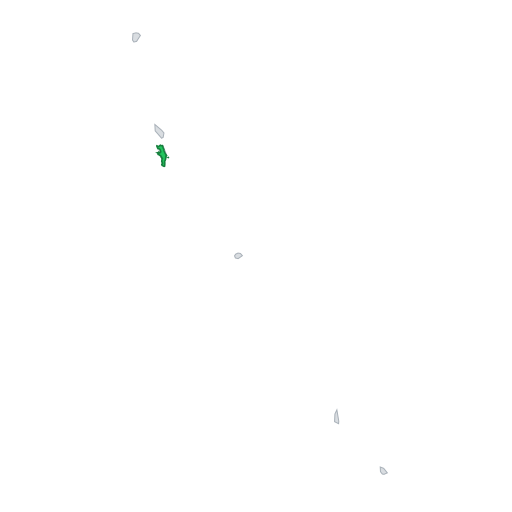 Saipan, Saipan, Northern Mariana Islands shown in context, rotated 146°
{"feature_id": "39175420B42755231479115", "entity_name": "Saipan", "entity_type": "district", "adm_level": 2, "iso_a3": "MNP", "parent_name": "Northern Mariana Islands", "parent_adm1": "Saipan", "projection": "equal_earth", "projection_center": [145.757, 15.191], "detail": "fine", "context": "in_parent", "style": "filled", "palette": "green", "viewbox_px": 512, "rotation_deg": 146, "n_neighbors": 0, "source": "geoboundaries", "source_scale": "gbopen_adm2", "svg_char_len": 3905}
<svg xmlns="http://www.w3.org/2000/svg" viewBox="0 0 512 512"><g transform="rotate(146 256 256)"><path d="M276.8,398.4L276.6,401.2L272.5,400.6L271.4,399.3L273.7,389.6L279.6,385.1L282.5,384.1L279.8,388.8L279.3,394.0L276.8,398.4ZM269.6,416.1L266.3,421.6L263.9,413.0L263.5,409.5L266.6,406.3L268.4,406.4L269.6,416.1ZM237.6,504.1L233.6,509.2L230.7,508.1L228.9,506.4L228.5,503.5L235.0,500.7L237.6,501.7L237.6,504.1ZM278.9,80.9L275.0,83.2L279.8,72.7L281.3,70.8L283.5,74.7L278.9,80.9ZM273.4,7.6L271.0,11.6L268.9,8.6L268.4,2.8L271.9,3.4L273.2,4.6L273.4,7.6ZM273.7,268.1L271.9,268.9L269.3,268.5L267.5,266.8L267.1,263.9L272.3,263.8L274.2,265.9L273.7,268.1Z" fill="#d9dde1" stroke="#a8b0b8" stroke-width="1"/><path d="M271.8,399.8L271.9,400.0L272.0,400.0L272.3,400.1L272.5,400.2L272.6,400.3L273.1,400.7L273.2,400.9L273.2,401.1L273.2,401.3L273.3,401.4L273.5,401.4L273.9,401.3L274.0,401.3L274.1,401.2L274.4,401.2L274.5,401.2L274.5,401.3L274.8,401.3L275.1,401.3L275.3,401.4L275.5,401.4L275.8,401.4L275.9,401.5L276.1,401.6L276.3,402.1L276.4,402.4L276.4,402.6L276.4,402.8L276.5,402.9L276.7,402.7L276.8,402.6L276.9,402.0L276.9,401.9L276.9,401.7L276.9,401.3L277.1,401.2L277.1,400.9L277.2,400.7L277.2,400.3L277.3,399.9L277.3,399.7L277.2,399.6L276.9,399.5L276.6,399.4L276.5,399.2L276.3,399.0L276.2,398.7L276.1,398.4L276.0,398.1L276.0,397.9L276.0,397.7L276.1,397.4L276.2,397.2L276.3,396.9L276.4,396.7L276.4,396.4L276.5,396.3L276.6,396.2L276.6,395.9L276.6,395.7L276.8,395.5L277.4,395.3L277.5,395.2L278.1,395.3L278.2,395.5L278.3,395.7L278.3,395.8L278.3,396.0L278.5,396.1L278.6,396.3L278.7,396.5L278.8,396.4L278.9,396.5L279.0,396.5L279.3,396.5L279.3,396.4L279.5,396.5L279.5,396.4L279.7,396.6L280.0,396.7L279.8,396.4L279.8,396.2L280.0,396.0L280.0,395.9L280.1,395.7L280.0,395.3L280.1,395.2L280.4,394.9L280.3,394.7L280.1,394.5L280.0,394.3L279.9,394.2L279.7,394.0L279.6,393.9L279.5,393.7L279.5,393.3L279.5,393.2L279.4,393.0L279.3,392.9L279.2,392.9L279.1,392.7L279.0,392.4L279.0,392.2L279.0,391.9L278.9,391.8L278.9,391.7L279.0,391.6L279.2,391.4L279.3,391.3L279.3,391.2L279.3,390.9L279.2,390.7L279.0,390.4L279.0,390.1L279.2,389.9L279.2,389.7L279.2,389.4L279.4,389.5L279.5,389.4L279.4,389.2L279.6,389.0L279.7,388.9L279.8,388.8L279.9,388.6L280.0,388.5L280.1,388.4L280.2,388.2L280.3,388.2L280.5,388.1L280.7,387.9L280.8,387.7L280.9,387.4L281.0,387.4L281.2,387.2L281.3,387.1L281.4,386.9L281.5,386.8L281.5,386.7L281.4,386.5L281.3,386.4L281.4,386.1L281.4,385.8L281.5,385.7L281.7,385.4L281.5,385.2L281.6,384.9L281.9,384.6L282.0,384.6L282.3,384.7L282.7,384.8L282.8,384.8L283.0,384.6L283.1,384.3L283.1,384.0L283.2,383.6L283.1,383.3L282.8,383.1L282.7,382.8L282.6,382.6L282.4,382.1L282.2,381.8L281.9,381.8L281.8,381.6L281.7,381.5L281.4,381.6L281.2,382.0L281.0,382.3L280.8,382.4L280.8,382.5L280.6,382.7L280.4,382.9L280.4,383.0L280.2,383.2L280.1,383.3L280.0,383.5L279.6,384.0L279.5,384.3L279.3,384.5L279.3,384.8L279.2,385.0L279.0,385.3L278.9,385.5L278.7,385.6L278.3,385.8L278.2,385.8L278.2,386.0L277.9,386.2L277.8,386.3L277.7,386.3L277.4,386.4L277.1,386.5L276.9,386.8L276.7,387.0L276.4,387.3L276.3,387.5L276.2,387.7L276.0,387.8L276.0,387.7L275.9,387.7L275.8,387.8L275.7,387.9L275.8,388.0L275.8,388.3L275.7,388.4L275.2,388.5L275.1,388.8L275.2,389.0L274.8,389.3L274.7,389.4L274.4,389.4L274.4,389.2L274.2,389.1L273.9,389.2L273.9,389.3L273.9,389.7L274.0,390.4L274.0,390.6L274.0,391.0L274.0,391.3L274.0,391.8L273.9,392.1L273.9,392.4L273.8,392.8L273.8,393.1L273.7,393.5L273.6,394.1L273.5,394.4L273.5,394.5L273.4,394.9L273.3,395.1L273.1,395.4L273.0,395.5L272.8,395.7L272.7,395.9L272.7,396.0L272.7,396.3L272.7,396.5L272.7,396.8L272.7,397.0L272.5,397.5L272.4,397.8L272.4,398.1L272.1,398.5L272.1,398.8L272.1,399.0L272.2,399.3L272.1,399.6L271.9,399.7L271.8,399.8L271.8,399.8ZM273.6,386.6L273.6,386.8L273.8,386.8L273.7,386.6L273.6,386.6ZM281.8,384.9L281.7,385.0L281.8,385.1L281.9,384.9L281.8,384.9Z" fill="#22c55e" stroke="#15803d" stroke-width="1.5"/></g></svg>